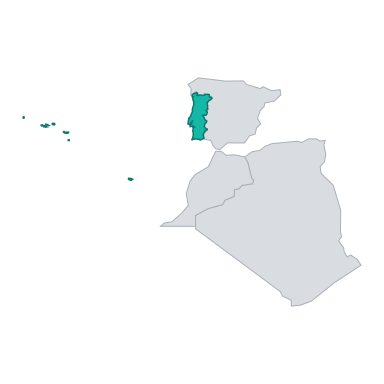 Portugal and the surrounding countries
{"feature_id": "PRT", "entity_name": "Portugal", "entity_type": "country or territory", "adm_level": 0, "iso_a3": "PRT", "parent_name": "Europe", "parent_adm1": "", "projection": "robinson", "projection_center": [-13.235, 37.393], "detail": "fine", "context": "with_neighbors", "style": "filled", "palette": "teal", "viewbox_px": 384, "rotation_deg": 0, "n_neighbors": 3, "source": "natural_earth", "source_scale": "50m", "svg_char_len": 4746}
<svg xmlns="http://www.w3.org/2000/svg" viewBox="0 0 384 384"><path d="M195.5,228.8L195.4,215.5L208.1,208.6L222.3,204.7L225.2,200.1L234.2,196.4L234.4,189.6L238.8,188.8L242.3,185.3L252.4,183.8L253.7,180.2L251.6,178.2L247.9,162.8L244.8,156.9L252.0,151.8L260.2,150.2L264.8,146.4L272.1,143.6L297.6,141.2L301.5,142.6L308.5,138.9L316.6,138.9L319.9,141.0L325.1,140.4L323.9,145.2L325.8,154.0L324.6,161.6L320.1,166.8L321.3,173.7L333.2,185.2L340.7,210.1L340.5,231.2L341.5,237.0L338.5,240.9L343.6,247.6L344.1,251.6L347.1,256.8L350.8,255.1L357.2,259.4L361.0,265.2L334.2,282.8L311.6,301.0L300.3,305.2L291.4,306.1L291.2,300.2L282.4,296.0L280.4,291.7L195.5,228.8Z" fill="#d9dde1" stroke="#a8b0b8" stroke-width="1"/><path d="M203.7,139.0L203.0,136.0L206.7,130.0L204.0,127.3L206.0,121.2L202.8,115.7L206.1,114.9L206.3,110.6L207.4,109.2L207.3,102.1L210.7,99.6L208.5,95.0L198.5,95.9L196.5,91.4L190.8,95.0L191.1,88.5L188.0,84.5L198.3,77.9L225.3,81.1L243.3,80.9L246.5,84.5L260.4,88.6L263.0,86.7L271.6,90.8L280.1,89.6L280.9,94.9L274.3,101.0L264.8,103.0L264.3,106.0L260.0,111.1L257.5,118.6L260.7,123.9L256.5,128.0L255.2,134.0L249.5,135.9L244.4,143.0L227.4,142.9L219.8,149.7L216.1,148.9L213.1,145.8L210.8,140.5L203.7,139.0Z" fill="#d9dde1" stroke="#a8b0b8" stroke-width="1"/><path d="M164.4,222.9L171.7,221.9L181.8,213.1L188.3,205.3L186.2,193.8L190.1,181.0L195.0,174.7L208.4,166.7L215.6,151.4L221.3,151.4L226.1,155.4L233.4,154.7L244.8,156.9L247.9,162.8L251.6,178.2L253.7,180.2L252.4,183.8L242.3,185.3L238.8,188.8L234.4,189.6L234.2,196.4L225.2,200.1L222.3,204.7L208.1,208.6L195.4,215.5L195.6,226.3L160.5,226.3L164.4,222.9Z" fill="#d9dde1" stroke="#a8b0b8" stroke-width="1"/><path d="M192.8,94.5L193.4,93.9L194.1,93.5L194.5,93.3L196.1,92.9L196.5,92.7L196.9,92.7L197.0,92.9L197.2,93.3L197.5,93.6L197.6,93.8L197.0,94.6L196.9,94.9L197.2,95.4L197.3,95.6L197.9,95.6L198.6,95.3L199.2,95.0L199.3,95.1L200.9,95.0L201.2,95.1L201.5,95.2L202.2,95.4L203.0,95.5L204.0,95.2L204.5,94.9L204.5,94.6L204.5,94.3L204.7,94.2L204.9,94.1L205.3,94.3L205.8,94.4L207.0,94.4L207.7,94.3L208.2,94.5L208.9,94.5L209.2,94.7L209.3,95.1L209.4,95.9L209.4,96.6L209.5,96.9L209.9,97.0L210.6,97.0L211.3,97.2L211.8,97.6L211.9,98.0L212.0,98.2L211.8,98.4L211.4,98.9L210.6,99.7L209.4,100.3L208.5,101.1L207.9,102.1L207.1,102.5L206.9,102.7L206.8,103.0L207.4,104.2L207.5,105.1L207.7,106.3L207.6,106.6L207.6,107.8L207.5,108.2L207.5,108.5L207.8,108.8L207.9,109.1L207.5,109.5L206.8,110.0L206.3,110.3L206.2,110.7L206.3,110.9L207.1,111.7L207.3,112.1L207.2,112.8L206.7,114.1L206.3,114.9L206.2,115.0L205.7,115.2L203.2,115.2L202.5,115.4L202.6,115.5L203.2,116.5L203.9,117.1L204.1,117.2L204.3,118.4L205.4,120.2L206.4,120.5L206.7,121.0L206.7,121.6L206.4,122.3L205.8,123.1L205.1,123.6L204.7,124.1L204.6,124.7L204.5,125.5L204.3,126.1L204.2,126.5L206.1,129.0L207.1,128.9L207.2,129.0L207.1,129.6L206.8,130.3L206.4,130.4L205.5,130.7L204.7,131.6L204.1,132.7L203.6,133.2L203.2,134.5L203.3,135.1L203.5,136.0L204.0,138.3L203.4,138.4L200.8,139.9L200.0,139.9L198.5,139.2L195.8,139.0L194.9,138.8L193.9,139.3L193.0,139.3L192.4,139.8L191.9,139.7L192.4,138.4L193.2,136.0L193.2,134.5L193.3,133.2L193.1,131.9L192.7,131.1L193.2,129.0L193.1,128.0L192.6,126.6L194.2,126.8L193.7,126.3L193.2,125.9L192.7,126.0L192.3,126.0L190.9,126.5L190.2,126.7L190.1,125.7L189.7,124.7L190.3,124.4L190.9,124.3L191.5,123.8L191.8,123.3L191.6,122.4L192.0,121.5L193.1,120.8L192.6,120.9L191.9,121.3L190.9,123.0L190.6,123.9L189.7,124.1L188.9,124.3L188.5,124.2L188.0,124.0L188.0,123.3L188.0,122.8L188.3,121.9L188.4,120.5L188.9,119.2L188.8,118.9L188.7,118.4L189.1,117.9L189.6,117.6L190.4,116.5L191.4,113.9L192.6,111.2L192.5,110.9L192.3,110.6L192.3,109.9L193.0,106.7L193.3,106.3L193.7,105.4L193.7,103.9L193.8,102.8L193.8,102.3L193.7,101.7L193.2,100.5L192.6,98.0L192.6,97.1L193.0,96.7L192.3,96.6L192.0,96.1L192.0,95.5L192.8,94.5ZM65.0,132.2L65.5,132.3L67.9,132.1L68.5,132.2L68.4,132.9L68.0,133.2L66.5,133.3L64.3,132.9L63.6,132.3L63.5,131.9L63.5,131.7L64.0,131.5L65.0,132.2ZM128.8,178.2L129.8,178.6L130.8,178.4L132.0,179.0L132.6,179.2L132.0,179.6L131.5,180.2L130.1,180.1L128.9,179.5L128.5,179.1L128.4,178.7L128.8,178.2ZM46.3,126.5L46.9,126.9L45.9,127.0L45.6,127.2L44.8,126.9L43.9,126.9L43.4,126.4L43.2,125.9L43.6,125.6L44.4,125.6L46.3,126.5ZM54.5,124.8L54.3,124.9L52.8,124.6L52.3,124.3L52.2,123.6L52.5,123.4L53.2,123.3L54.2,123.4L54.8,123.9L54.8,124.5L54.5,124.8ZM49.1,125.6L48.8,125.7L46.8,125.0L46.1,124.7L45.2,123.9L47.8,124.8L49.1,125.6ZM24.2,117.7L23.8,118.2L23.2,118.0L23.0,117.8L23.3,116.9L23.7,116.7L24.2,117.1L24.2,117.7ZM42.6,125.9L41.8,125.9L41.1,125.2L42.2,124.8L42.5,125.0L42.7,125.3L42.8,125.6L42.6,125.9ZM69.3,140.3L69.3,140.5L68.9,140.4L68.3,140.5L68.1,140.0L68.3,139.8L68.9,139.7L69.2,139.9L69.3,140.3Z" fill="#14b8a6" stroke="#0f766e" stroke-width="1.5"/></svg>